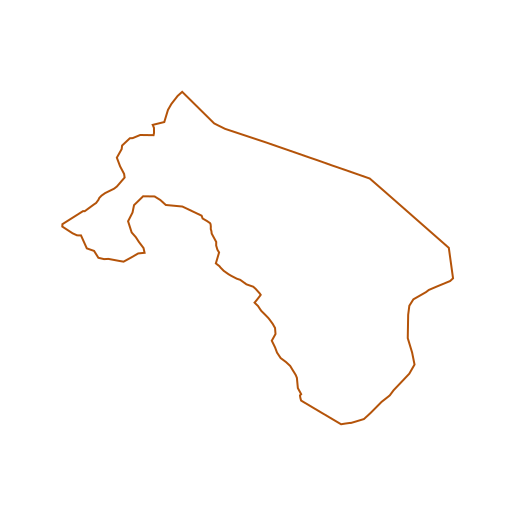 outline of Karu, Nassarawa, Nigeria, rotated 110°
{"feature_id": "59680162B13670821264537", "entity_name": "Karu", "entity_type": "district", "adm_level": 2, "iso_a3": "NGA", "parent_name": "Nigeria", "parent_adm1": "Nassarawa", "projection": "natural_earth1", "projection_center": [7.844, 8.986], "detail": "fine", "context": "isolated", "style": "outline", "palette": "amber", "viewbox_px": 512, "rotation_deg": 110, "n_neighbors": 0, "source": "geoboundaries", "source_scale": "gbopen_adm2", "svg_char_len": 2126}
<svg xmlns="http://www.w3.org/2000/svg" viewBox="0 0 512 512"><g transform="rotate(110 256 256)"><path d="M127.0,381.5L132.4,384.4L142.0,387.5L148.8,388.7L161.5,388.0L168.1,397.9L170.5,395.7L175.3,393.9L177.5,393.6L181.9,406.2L187.4,412.2L188.5,414.8L198.0,419.6L201.5,418.8L211.2,420.4L218.2,414.4L224.0,408.0L227.2,406.3L238.3,410.5L241.3,412.4L248.5,419.3L252.1,421.8L255.0,423.1L257.2,423.3L260.9,424.4L262.8,425.8L272.5,432.3L273.0,433.9L292.3,448.8L294.6,448.1L297.4,436.1L297.8,431.2L296.5,427.5L306.7,417.6L306.6,409.9L311.6,403.5L310.9,397.7L309.2,393.7L307.4,382.8L306.6,378.5L299.9,372.6L293.9,367.6L291.1,361.8L287.0,364.4L282.8,370.9L279.4,375.4L276.4,380.9L267.1,388.1L257.4,386.9L249.9,388.0L238.5,382.5L234.7,371.6L234.8,371.4L236.1,365.1L238.9,358.2L234.7,342.1L236.7,320.9L239.0,319.0L239.9,314.0L240.8,310.5L241.6,309.6L243.6,308.6L246.2,307.7L247.9,306.4L250.1,305.3L256.4,298.2L259.8,297.0L263.3,294.4L265.3,291.9L276.7,291.2L278.1,286.8L279.0,285.4L281.0,281.2L282.5,275.7L283.1,272.5L283.9,266.3L283.8,262.7L285.9,255.3L285.8,248.1L287.0,245.1L289.9,239.7L290.9,238.3L291.7,238.5L293.6,239.1L296.7,240.1L299.0,240.9L300.3,241.4L301.1,239.7L302.3,237.0L304.4,234.2L305.8,232.2L308.3,226.8L310.1,223.1L311.1,221.5L314.2,216.9L315.7,215.2L317.1,213.5L322.6,211.0L326.5,211.6L330.2,212.2L332.5,209.8L335.4,206.8L339.6,203.2L343.5,197.9L344.5,194.5L345.4,191.5L346.0,190.1L347.6,186.3L350.9,182.2L352.2,180.5L354.3,177.9L355.2,177.1L356.5,175.9L365.8,171.5L370.4,166.3L371.5,166.8L371.9,167.0L372.2,166.9L374.3,165.7L376.4,164.2L377.0,161.2L380.8,141.1L385.0,118.5L383.1,115.1L380.6,110.4L380.5,109.8L378.0,106.4L372.3,98.8L364.2,94.6L350.1,88.1L342.9,83.6L341.7,82.9L341.2,82.6L335.1,80.8L314.2,71.7L303.8,69.9L293.3,76.3L281.3,85.3L259.2,92.9L250.3,94.9L242.9,93.3L231.8,83.9L228.8,82.0L222.9,75.7L213.1,65.0L209.6,63.2L182.4,77.6L169.1,111.7L151.3,157.4L144.3,175.6L144.5,191.4L144.8,211.3L144.9,215.2L145.0,230.9L145.2,240.5L145.6,268.8L145.7,274.8L145.9,287.7L146.0,290.4L147.1,328.6L146.6,332.9L146.3,335.8L145.7,340.7L132.9,368.6L127.0,381.5Z" fill="none" stroke="#b45309" stroke-width="2"/></g></svg>